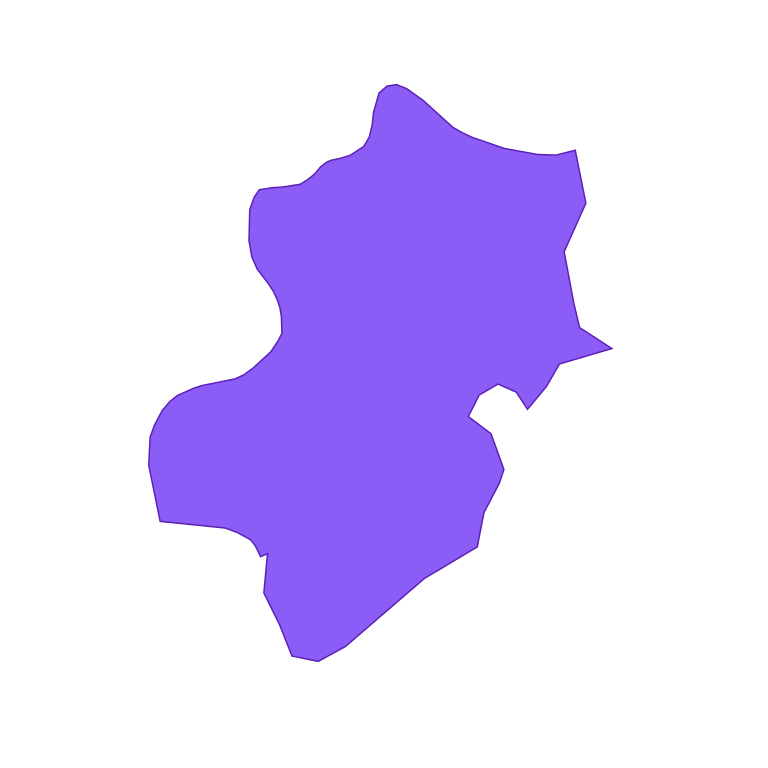 an SVG outline of Montevideo, rotated 289°
{"feature_id": "URY-21", "entity_name": "Montevideo", "entity_type": "Department", "adm_level": 1, "iso_a3": "URY", "parent_name": "Uruguay", "parent_adm1": "", "projection": "robinson", "projection_center": [-56.197, -34.827], "detail": "fine", "context": "isolated", "style": "filled", "palette": "violet", "viewbox_px": 768, "rotation_deg": 289, "n_neighbors": 0, "source": "natural_earth", "source_scale": "10m", "svg_char_len": 1154}
<svg xmlns="http://www.w3.org/2000/svg" viewBox="0 0 768 768"><g transform="rotate(289 384 384)"><path d="M667.3,488.7L620.7,516.0L567.7,511.3L522.3,537.1L501.0,550.6L491.7,587.9L460.1,543.4L434.4,538.4L406.8,527.9L419.3,511.8L421.1,491.8L404.5,477.6L380.7,474.3L371.8,501.4L342.2,525.2L328.0,525.4L295.0,520.4L260.3,525.2L213.3,485.5L123.4,433.1L100.3,412.1L96.8,385.6L122.2,363.8L147.4,338.4L185.6,329.1L180.6,323.5L188.9,315.2L193.3,308.6L195.8,293.6L196.1,280.7L181.2,217.1L230.6,188.0L257.8,180.1L270.6,180.4L286.7,182.9L297.5,187.1L305.9,192.4L317.9,205.3L323.1,212.1L340.5,241.7L347.1,248.5L356.5,255.1L377.7,266.5L390.3,269.8L398.6,271.0L414.2,265.1L422.0,260.9L429.0,255.6L435.3,249.5L441.0,242.4L451.3,226.8L461.1,217.7L475.5,209.7L505.1,200.3L518.8,200.5L527.1,202.9L533.6,215.2L537.0,223.5L545.6,239.8L552.5,245.4L560.5,250.3L569.0,253.5L575.4,257.8L578.5,261.4L583.0,269.0L589.3,277.6L601.9,287.5L612.7,289.7L625.2,288.5L637.7,285.6L657.6,284.6L666.7,289.9L671.2,298.5L670.6,309.4L664.8,328.9L649.1,365.6L647.2,375.4L645.9,386.9L645.9,421.0L651.0,454.5L656.5,472.3L667.3,488.7Z" fill="#8b5cf6" stroke="#5b21b6" stroke-width="1.5"/></g></svg>